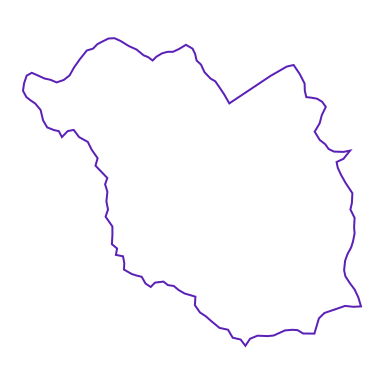 Dourado, São Paulo, Brazil
{"feature_id": "56859067B42142271375919", "entity_name": "Dourado", "entity_type": "district", "adm_level": 2, "iso_a3": "BRA", "parent_name": "Brazil", "parent_adm1": "São Paulo", "projection": "natural_earth1", "projection_center": [-48.341, -22.121], "detail": "fine", "context": "isolated", "style": "outline", "palette": "violet", "viewbox_px": 384, "rotation_deg": 0, "n_neighbors": 0, "source": "geoboundaries", "source_scale": "gbopen_adm2", "svg_char_len": 1833}
<svg xmlns="http://www.w3.org/2000/svg" viewBox="0 0 384 384"><path d="M26.7,75.6L24.1,83.2L23.0,90.8L26.4,97.1L30.5,100.3L35.2,103.5L40.6,110.0L43.1,120.4L47.2,127.4L54.0,130.1L58.8,131.1L61.9,137.1L67.7,131.1L73.7,129.9L79.1,137.1L87.8,141.9L91.6,149.6L97.6,158.2L95.5,165.7L100.7,171.1L107.3,178.0L105.1,184.3L107.4,191.8L106.4,201.4L108.0,209.5L105.6,216.7L112.4,226.5L112.4,235.2L111.9,244.2L117.1,248.5L115.9,254.9L123.0,256.3L124.3,263.1L124.0,269.6L131.7,274.0L136.8,275.6L141.7,276.8L145.5,283.5L150.7,287.0L155.0,282.6L163.5,281.6L167.9,285.1L173.8,286.0L178.7,290.1L184.6,293.5L190.5,295.2L195.4,296.7L194.9,305.2L200.0,312.5L205.7,316.2L211.6,321.4L219.5,327.9L228.0,329.7L232.7,337.7L240.6,339.5L245.4,345.8L250.1,338.7L257.5,335.7L267.8,336.1L273.7,335.5L285.0,330.4L292.1,329.8L297.5,330.1L303.1,333.5L314.4,333.6L318.9,318.4L324.4,313.0L336.1,309.0L345.1,305.9L353.3,306.8L361.0,306.4L358.3,297.3L354.6,289.5L349.6,282.8L345.4,276.3L344.1,270.2L345.1,260.8L347.5,254.1L351.2,247.3L353.0,241.4L354.6,233.4L354.1,227.4L354.6,217.9L350.4,209.5L351.9,203.0L352.4,193.2L345.8,183.3L340.9,174.6L337.7,167.6L336.6,162.0L343.5,158.8L350.1,150.6L343.5,151.9L334.0,151.6L328.6,149.0L325.3,144.3L319.7,139.9L314.7,131.7L319.7,123.2L321.8,115.1L325.8,106.9L322.2,101.8L317.1,98.7L311.5,97.7L306.3,97.1L304.8,90.7L304.6,83.5L299.6,73.8L293.6,65.0L286.7,66.6L270.7,75.8L229.3,103.4L224.3,94.6L219.7,87.7L215.3,81.3L210.6,78.6L204.5,72.2L201.0,64.6L196.6,60.5L195.1,53.9L192.5,48.6L185.9,44.8L179.2,48.9L173.0,51.8L167.7,51.8L162.1,53.3L156.4,56.7L152.6,60.5L148.1,57.1L143.6,55.3L136.5,49.5L128.9,46.1L120.6,41.0L114.5,38.2L108.5,38.5L101.9,41.8L97.3,44.2L93.1,48.6L86.8,50.5L79.8,59.3L74.0,67.5L69.6,75.4L63.7,80.0L56.6,82.4L50.5,79.8L44.5,78.5L37.1,75.1L31.8,72.8L26.7,75.6Z" fill="none" stroke="#5b21b6" stroke-width="2"/></svg>